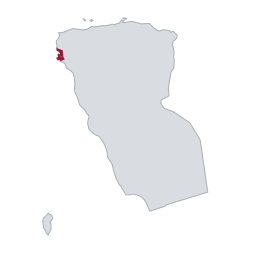 Al Burayqah, `Adan, Yemen (highlighted), rotated 92°
{"feature_id": "15242507B61395835555859", "entity_name": "Al Burayqah", "entity_type": "district", "adm_level": 2, "iso_a3": "YEM", "parent_name": "Yemen", "parent_adm1": "`Adan", "projection": "equal_earth", "projection_center": [44.818, 12.796], "detail": "fine", "context": "in_parent", "style": "outline", "palette": "rose", "viewbox_px": 256, "rotation_deg": 92, "n_neighbors": 0, "source": "geoboundaries", "source_scale": "gbopen_adm2", "svg_char_len": 4360}
<svg xmlns="http://www.w3.org/2000/svg" viewBox="0 0 256 256"><g transform="rotate(92 128 128)"><path d="M210.3,103.3L201.2,107.7L198.8,109.6L196.6,112.0L195.0,115.0L193.9,120.3L194.9,125.1L194.8,127.7L192.4,129.4L190.2,130.6L187.8,132.5L186.3,133.0L185.1,134.5L183.7,135.5L178.6,138.2L173.0,140.3L164.1,142.9L160.6,145.6L157.5,147.5L152.8,148.0L146.2,150.6L142.6,152.7L138.1,156.1L137.1,157.2L136.3,159.7L135.0,161.8L132.3,165.4L130.2,167.2L128.9,167.3L126.2,168.3L123.1,168.5L117.8,167.3L116.4,168.1L115.3,169.5L111.3,171.9L107.1,176.8L104.1,178.1L99.2,179.6L95.8,181.6L93.5,182.4L90.5,182.9L85.1,182.7L79.9,183.4L75.0,184.8L72.8,187.4L70.2,191.5L66.0,193.2L65.0,194.7L63.7,197.7L61.0,198.5L58.5,199.0L56.0,197.7L51.2,201.3L49.4,201.9L46.6,202.1L44.7,202.8L43.3,202.6L41.6,201.2L37.9,199.5L35.2,200.6L35.0,197.1L30.5,186.5L31.5,177.3L31.5,176.0L30.6,171.9L27.9,168.2L28.0,163.4L27.1,160.0L26.5,156.5L26.7,155.6L26.7,154.8L25.4,149.4L24.9,148.3L24.8,147.2L25.2,146.3L25.2,145.3L24.5,143.7L23.7,140.5L20.1,138.1L20.9,135.8L21.6,136.6L22.5,137.3L22.7,135.8L22.7,134.7L21.3,127.7L23.5,118.5L22.8,110.1L26.2,106.8L27.1,105.7L27.6,104.9L28.4,103.0L29.5,102.3L29.9,100.3L29.9,99.3L29.2,98.5L28.6,96.2L28.8,93.2L29.0,92.0L29.4,89.7L30.6,88.9L30.9,88.2L29.9,86.8L30.0,85.9L32.1,83.6L32.9,82.8L34.2,82.1L35.2,82.1L36.4,82.5L37.4,83.2L38.5,84.4L39.5,85.8L41.2,86.3L42.3,86.2L43.2,86.8L44.0,86.5L44.9,85.7L46.3,85.8L47.6,85.0L51.2,84.6L54.7,84.8L58.3,84.2L62.0,84.2L65.6,84.3L66.5,84.4L67.2,84.8L70.3,86.9L72.7,87.3L77.4,87.9L82.4,88.5L86.8,89.1L90.5,88.6L93.6,88.2L94.4,88.2L95.3,89.5L97.2,92.8L98.9,95.9L102.0,96.0L103.9,94.9L106.1,93.3L107.4,92.0L108.9,87.0L109.9,83.8L112.1,80.1L114.0,77.1L116.5,73.1L117.8,70.9L120.5,66.5L123.1,64.8L128.1,61.5L133.0,58.2L136.2,56.1L138.9,55.1L143.5,54.3L148.9,53.3L154.3,52.4L160.0,51.3L166.4,50.2L170.7,49.4L176.3,48.4L181.0,47.5L185.1,46.8L189.3,46.0L190.1,48.5L191.0,50.9L191.8,53.3L192.7,55.7L193.5,58.2L194.3,60.6L195.2,63.1L196.0,65.5L196.9,67.9L197.7,70.4L198.5,72.8L199.4,75.2L200.2,77.7L201.1,80.1L201.9,82.6L202.8,85.0L203.6,87.4L204.9,88.2L205.7,90.4L206.8,93.7L208.0,96.9L209.2,100.1L210.3,103.3ZM224.1,202.1L225.2,202.4L226.9,201.6L231.9,201.4L237.8,204.2L236.7,204.9L236.1,205.9L233.5,206.8L230.9,208.9L223.3,210.0L221.1,209.4L219.3,207.3L215.9,204.7L217.2,203.0L217.5,202.2L218.0,201.5L219.9,200.2L221.8,200.4L224.1,202.1ZM22.4,169.1L22.2,169.7L21.8,169.6L20.7,168.2L21.9,166.8L22.6,168.1L22.4,169.1ZM18.9,136.3L18.3,136.9L18.2,135.9L18.5,133.8L19.1,133.2L19.5,134.8L19.3,135.6L18.9,136.3ZM21.8,175.7L20.6,176.5L21.4,174.5L22.3,174.1L22.5,174.2L21.8,175.7Z" fill="#d9dde1" stroke="#a8b0b8" stroke-width="1"/><path d="M61.1,195.0L60.8,195.2L59.8,196.0L53.5,196.8L52.8,198.4L52.1,201.0L52.3,201.2L52.2,201.3L52.3,201.3L52.6,200.8L52.8,200.4L53.2,199.7L53.5,199.2L53.7,198.9L53.9,198.7L54.0,198.6L54.2,198.4L54.4,198.2L54.6,198.0L54.9,197.9L55.1,197.8L55.3,197.7L55.6,197.7L56.1,197.7L56.5,197.8L56.9,197.9L57.2,198.0L57.3,198.2L57.5,198.3L57.6,198.5L57.8,198.7L57.9,198.9L57.9,198.7L57.9,198.8L57.9,198.7L58.0,198.7L57.9,198.7L58.0,198.7L58.1,198.8L58.2,199.0L57.9,198.9L57.9,199.0L58.0,199.1L57.9,199.3L57.9,199.5L58.0,199.5L58.0,199.4L58.1,199.2L58.1,199.3L58.2,199.2L58.3,199.2L58.2,199.3L58.3,199.3L58.3,199.2L58.2,199.2L58.3,199.1L58.5,199.0L58.6,198.9L58.9,198.8L59.1,198.7L59.3,198.8L59.5,198.9L59.7,199.0L59.8,199.1L59.8,199.3L59.7,199.4L59.8,199.4L59.7,199.4L59.7,199.5L59.8,199.6L60.0,199.7L60.0,199.8L60.1,200.0L60.1,199.9L60.2,200.0L60.2,199.9L60.3,199.8L60.5,199.8L60.7,199.7L60.8,199.6L60.8,199.8L60.9,199.7L60.9,199.8L61.0,199.8L61.0,199.7L60.9,199.7L61.0,199.7L60.9,199.6L60.9,199.4L61.0,199.4L60.9,199.4L61.0,199.4L61.2,199.5L61.3,199.5L61.3,199.4L61.4,199.5L61.4,199.4L61.5,199.4L61.4,199.4L61.5,199.4L61.4,199.4L61.4,199.2L61.5,199.2L61.4,199.2L61.5,199.0L61.5,198.9L61.5,199.0L61.4,199.0L61.5,199.0L61.4,199.0L61.4,198.9L61.4,199.0L61.4,198.9L61.2,198.9L60.9,198.9L60.7,198.9L60.6,198.7L60.4,198.7L60.2,198.7L60.2,198.8L60.2,198.7L60.1,198.8L60.0,198.6L60.1,198.4L60.1,198.5L60.2,198.3L60.2,198.1L60.3,198.1L60.5,198.1L60.6,198.3L60.7,198.5L60.8,198.7L60.9,198.8L61.0,198.8L60.9,198.8L61.0,198.9L61.0,198.7L61.1,198.4L61.1,198.2L61.2,197.9L61.3,197.8L61.3,197.7L61.5,197.5L61.8,197.5L62.1,197.4L62.3,197.4L62.1,197.1L61.7,196.2L61.1,195.0Z" fill="none" stroke="#9f1239" stroke-width="2"/></g></svg>